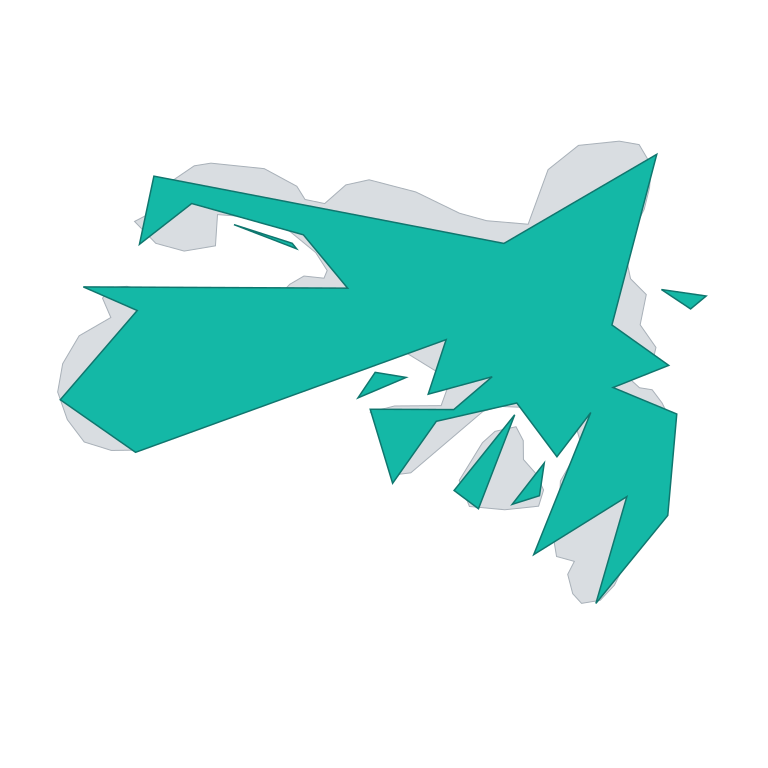 Archipel des Kerguelen on a map of French Southern and Antarctic Lands (Equal Earth projection), rotated 177°
{"feature_id": "ATF-5916", "entity_name": "Archipel des Kerguelen", "entity_type": "state/province", "adm_level": 1, "iso_a3": "ATF", "parent_name": "French Southern and Antarctic Lands", "parent_adm1": "", "projection": "equal_earth", "projection_center": [69.4, -49.144], "detail": "coarse", "context": "in_parent", "style": "filled", "palette": "teal", "viewbox_px": 768, "rotation_deg": 177, "n_neighbors": 0, "source": "natural_earth", "source_scale": "10m", "svg_char_len": 2165}
<svg xmlns="http://www.w3.org/2000/svg" viewBox="0 0 768 768"><g transform="rotate(177 384 384)"><path d="M242.2,353.0L269.7,355.6L286.4,351.6L361.9,293.9L381.7,292.5L379.8,336.6L399.1,356.5L374.6,361.5L328.1,359.4L317.5,384.5L364.3,416.8L387.7,421.2L406.7,420.8L442.3,413.5L470.9,401.9L515.2,375.0L541.7,364.6L591.9,364.1L618.2,338.6L630.3,330.8L659.7,331.9L686.4,341.8L702.1,365.0L710.3,393.1L703.8,421.1L685.9,448.1L653.3,464.7L660.6,484.4L651.9,494.4L635.6,495.0L621.7,490.4L601.5,467.3L577.0,454.8L518.1,455.7L491.6,457.2L487.0,475.0L472.9,488.5L458.3,496.0L438.4,492.8L434.8,500.3L445.3,518.8L471.0,542.2L515.4,558.6L541.4,561.9L545.1,530.8L576.6,527.2L604.5,536.4L624.6,559.4L608.1,566.9L593.5,579.0L590.4,594.7L562.1,611.8L545.3,613.6L492.3,605.3L460.7,586.0L453.2,572.4L433.8,567.3L411.7,584.8L388.2,588.7L342.2,574.1L299.7,550.6L273.0,541.7L231.7,536.0L208.9,589.5L177.3,612.1L136.4,614.2L116.7,609.7L105.8,588.8L108.5,566.4L115.0,544.9L127.8,522.9L135.8,498.9L132.3,476.2L117.4,459.6L125.1,429.7L110.5,406.3L115.5,389.1L139.3,377.2L129.1,366.9L116.5,364.2L107.3,350.5L100.2,334.0L109.4,302.9L123.0,272.9L121.3,239.0L144.5,206.9L164.4,171.1L179.4,156.7L198.2,154.6L206.5,164.7L210.5,184.3L203.2,196.9L220.7,202.7L225.4,244.4L214.5,261.4L212.9,277.9L190.1,312.9L196.9,341.0L242.2,353.0ZM275.6,330.9L254.4,334.4L247.9,320.2L248.7,301.3L236.9,286.4L230.2,269.8L236.0,253.9L270.0,252.1L305.1,257.2L313.9,283.8L288.8,320.2L275.6,330.9Z" fill="#d9dde1" stroke="#a8b0b8" stroke-width="1"/><path d="M708.1,385.2L626.6,470.3L679.2,496.7L415.3,481.6L456.7,537.2L566.6,574.3L620.9,536.3L602.9,603.6L256.9,518.1L99.6,599.1L153.3,431.0L98.7,387.7L155.5,368.5L93.2,338.7L107.5,237.9L183.9,153.8L147.4,258.8L243.4,205.8L179.0,344.7L215.1,302.3L252.4,358.1L333.7,344.0L380.6,284.4L399.1,359.5L315.7,354.8L275.6,385.6L340.4,371.5L319.6,425.1L635.7,328.8L708.1,385.2ZM255.1,346.4L296.2,254.5L319.6,274.0L255.1,346.4ZM234.6,264.3L262.3,257.1L228.1,296.7L234.6,264.3ZM73.9,442.9L102.0,463.8L57.7,455.0L73.9,442.9ZM525.5,551.0L468.3,529.3L464.2,523.6L525.5,551.0ZM392.2,396.1L361.6,389.4L410.7,371.5L392.2,396.1Z" fill="#14b8a6" stroke="#0f766e" stroke-width="1.5"/></g></svg>